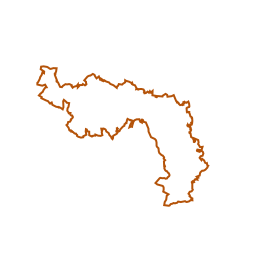 outline of Corozal, Sucre, Colombia, rotated 154°
{"feature_id": "7082276B16477741975828", "entity_name": "Corozal", "entity_type": "district", "adm_level": 2, "iso_a3": "COL", "parent_name": "Colombia", "parent_adm1": "Sucre", "projection": "robinson", "projection_center": [-75.264, 9.206], "detail": "fine", "context": "isolated", "style": "outline", "palette": "amber", "viewbox_px": 256, "rotation_deg": 154, "n_neighbors": 0, "source": "geoboundaries", "source_scale": "gbopen_adm2", "svg_char_len": 5852}
<svg xmlns="http://www.w3.org/2000/svg" viewBox="0 0 256 256"><g transform="rotate(154 128 128)"><path d="M129.3,42.8L125.5,40.3L124.7,40.1L123.0,40.9L121.2,40.5L120.0,40.6L118.8,39.7L117.2,39.4L116.5,39.3L115.2,39.9L113.0,38.3L108.8,37.2L108.0,36.0L107.1,35.6L105.1,35.3L103.3,35.7L101.8,34.8L101.4,35.9L101.8,35.8L102.0,36.6L101.8,36.8L101.5,36.1L101.2,36.3L102.6,39.7L102.0,40.2L102.1,41.7L102.4,42.4L100.5,43.6L98.6,43.2L96.8,44.1L96.8,45.3L94.7,49.6L94.4,51.4L93.4,51.8L92.8,50.4L92.6,50.4L92.9,51.2L91.8,51.5L91.7,51.8L90.0,52.5L89.7,51.9L88.9,51.8L88.3,51.2L88.0,52.7L86.5,52.5L86.4,53.2L87.1,54.1L84.4,53.9L83.0,55.9L82.2,56.5L80.1,57.1L78.7,56.5L76.7,56.6L73.9,57.7L73.3,58.6L72.5,58.9L73.0,59.8L72.6,61.5L72.9,61.4L73.0,62.0L73.9,62.9L73.8,65.5L74.9,67.8L76.1,66.9L76.7,69.8L75.1,70.8L73.1,70.4L71.4,72.1L71.2,73.8L71.8,75.3L74.1,75.2L76.0,77.1L75.9,77.6L75.1,78.2L72.3,76.2L71.5,76.0L69.3,78.4L71.4,79.1L71.7,79.4L71.7,81.1L72.0,82.9L70.9,84.0L70.2,86.4L72.7,89.3L73.1,88.1L72.9,87.9L73.4,87.3L73.3,87.1L73.7,86.5L74.5,86.3L74.9,86.6L74.2,88.3L74.3,89.3L74.0,90.2L74.2,90.9L74.9,91.6L75.2,92.2L74.2,95.6L74.9,96.5L74.7,97.3L73.6,97.3L72.5,98.3L72.8,98.5L72.7,99.0L72.2,98.8L71.6,100.5L71.7,101.2L72.3,101.4L72.3,101.6L72.1,101.7L72.6,102.8L73.0,103.0L72.9,103.4L73.4,103.4L73.5,103.7L73.0,103.7L73.0,104.4L72.7,104.3L72.6,104.5L72.5,104.1L71.8,103.7L71.9,103.1L71.3,102.5L71.0,103.0L70.9,102.7L70.5,102.9L70.1,103.6L69.3,103.3L68.9,105.1L68.5,105.1L68.1,104.5L67.1,106.1L66.4,107.8L66.4,108.6L66.1,108.6L65.9,109.2L66.1,110.1L66.8,111.0L66.2,114.4L66.5,115.0L66.0,115.6L66.6,116.0L68.1,116.2L68.1,116.5L66.7,120.1L65.8,120.4L63.8,120.1L63.3,120.6L62.4,123.2L62.2,125.3L64.1,125.0L64.2,125.4L65.6,126.0L65.8,126.9L66.9,126.9L66.8,125.6L68.1,125.8L68.1,124.6L68.8,124.7L68.7,125.1L71.1,125.7L71.7,127.3L71.8,128.5L72.8,129.4L72.6,129.7L72.0,129.4L72.2,130.0L72.6,130.0L72.9,131.1L72.5,137.5L74.9,137.5L78.8,138.8L78.3,140.6L79.3,142.2L82.7,141.8L83.2,141.2L87.3,143.7L88.7,143.1L89.5,143.9L88.9,144.7L91.7,146.7L89.7,150.5L90.7,150.2L91.5,149.3L91.9,149.5L92.2,151.5L93.7,150.5L94.4,152.1L96.7,151.6L98.0,152.0L98.0,153.3L97.0,153.8L97.2,155.8L98.7,157.1L100.2,157.8L101.8,158.1L102.9,158.0L101.6,158.2L101.6,158.4L102.4,158.7L102.5,159.1L103.6,159.3L102.9,160.2L103.0,163.3L104.6,164.8L104.5,166.5L105.0,166.1L104.8,165.2L105.2,165.7L105.3,167.2L106.7,169.1L109.2,171.4L109.6,172.1L110.5,170.3L113.1,170.0L114.3,169.6L117.0,171.5L118.4,170.3L119.6,170.1L120.5,169.0L122.3,172.8L124.6,175.4L125.1,177.3L127.3,179.4L128.2,181.0L128.5,180.8L129.0,181.5L129.7,181.0L130.7,182.2L129.7,182.5L130.8,184.5L131.8,184.1L131.6,187.1L134.5,186.4L134.9,188.8L134.8,190.4L135.9,192.0L138.9,191.6L139.9,192.0L141.8,192.0L146.4,190.0L145.5,188.0L146.2,186.2L146.1,185.7L147.5,185.1L148.1,185.3L149.3,187.3L150.3,186.7L152.7,187.8L153.4,187.2L155.3,186.5L154.0,189.1L155.7,188.3L158.8,188.8L160.1,188.5L160.4,190.5L159.8,191.0L161.1,192.8L161.7,193.3L163.7,193.9L165.0,194.8L168.1,194.4L169.5,193.7L171.0,194.7L170.9,199.8L171.8,200.9L171.7,201.6L171.0,201.9L170.5,207.8L169.6,208.3L169.9,208.9L168.0,210.1L166.0,213.0L168.8,214.5L171.6,215.0L172.4,215.7L173.2,217.3L174.0,218.4L176.8,220.4L179.2,221.2L180.7,219.1L178.6,215.5L179.5,214.0L180.6,215.4L182.4,213.5L184.6,212.2L185.8,210.8L188.6,208.7L189.7,208.3L190.4,206.8L186.5,203.6L183.5,203.3L183.3,200.3L184.4,200.7L187.1,199.3L188.9,197.8L190.2,197.7L190.8,197.2L191.6,197.3L193.8,196.3L192.0,193.6L192.8,192.8L189.4,188.5L188.1,187.2L187.5,184.2L187.2,184.0L186.1,184.4L185.4,184.4L185.8,182.0L183.2,178.5L182.2,177.9L181.3,176.8L180.9,177.1L179.7,175.6L178.5,173.4L176.9,175.0L174.5,180.5L173.3,181.4L172.0,178.4L172.0,177.6L170.0,176.2L172.2,173.1L173.7,172.2L175.0,170.1L174.7,168.5L174.8,167.3L173.9,167.2L173.1,166.7L174.0,165.5L173.7,164.5L173.0,163.5L172.7,163.5L172.7,162.0L173.8,161.2L175.4,160.9L175.9,160.4L175.8,160.1L177.3,159.1L179.2,159.6L180.5,158.0L182.0,157.6L181.3,154.3L181.7,151.6L181.4,151.1L180.4,151.0L180.2,150.1L180.5,149.7L180.3,149.6L180.2,149.9L179.7,149.7L179.7,148.8L179.1,148.4L178.5,146.6L177.2,145.7L177.3,145.1L176.8,144.1L177.3,143.3L176.6,142.0L174.5,140.0L172.3,139.3L171.8,140.2L168.4,140.2L167.5,143.5L166.3,145.4L165.7,144.7L165.9,142.7L164.5,141.7L166.0,138.5L164.4,136.4L164.2,136.2L163.6,136.5L163.4,136.2L161.8,136.1L160.8,135.5L160.2,136.4L158.2,134.2L156.0,132.9L154.2,132.8L153.5,135.7L151.3,138.1L152.0,138.1L151.9,138.4L152.3,138.5L152.5,138.3L152.3,139.1L150.1,138.0L149.0,136.8L148.8,136.2L149.0,134.4L147.6,131.9L147.8,129.7L147.1,127.7L147.2,125.8L146.8,124.8L145.8,125.6L145.2,126.9L144.7,127.5L140.8,127.7L139.2,128.6L139.0,128.8L139.4,128.6L139.0,129.0L139.6,129.6L138.8,129.8L139.1,130.2L138.8,130.2L138.6,130.8L138.9,130.9L138.4,132.0L138.1,131.9L138.0,132.7L137.8,132.7L137.9,132.2L137.6,131.9L138.4,131.4L138.2,130.1L138.3,129.7L138.2,129.1L137.1,128.9L135.6,130.1L132.0,131.5L130.3,131.6L129.5,132.9L128.3,133.0L128.0,133.3L127.4,133.2L127.4,133.7L126.5,134.0L125.5,135.5L124.4,136.4L122.5,133.8L122.1,134.0L120.5,132.3L123.4,130.8L125.0,129.5L126.4,128.0L124.8,128.0L123.8,127.3L123.3,128.1L120.3,131.3L118.7,132.1L116.5,132.0L114.0,130.9L114.3,128.3L113.2,126.8L112.2,129.2L112.0,129.5L111.5,129.3L111.1,128.8L111.2,126.6L109.5,125.2L109.9,118.5L111.1,115.7L111.3,109.6L108.7,106.4L108.2,104.6L108.7,102.5L110.1,99.5L110.2,98.6L109.5,96.4L110.6,93.4L110.8,91.8L109.7,88.9L108.9,88.1L108.4,85.8L109.4,84.8L108.7,82.8L110.3,82.3L112.1,78.1L111.5,78.0L111.6,77.4L111.9,77.5L113.0,75.9L113.1,74.1L112.8,72.9L111.9,72.0L111.7,70.3L111.2,69.6L111.2,68.0L111.6,67.1L112.2,66.7L114.2,66.2L115.0,65.6L116.4,65.9L117.2,67.0L119.1,67.8L120.8,69.0L121.5,69.0L127.4,66.5L126.4,64.4L122.3,60.8L122.0,60.0L122.1,58.8L123.0,56.9L124.2,55.4L120.7,50.7L122.9,50.1L125.1,46.8L127.4,45.4L129.3,42.8Z" fill="none" stroke="#b45309" stroke-width="2"/></g></svg>